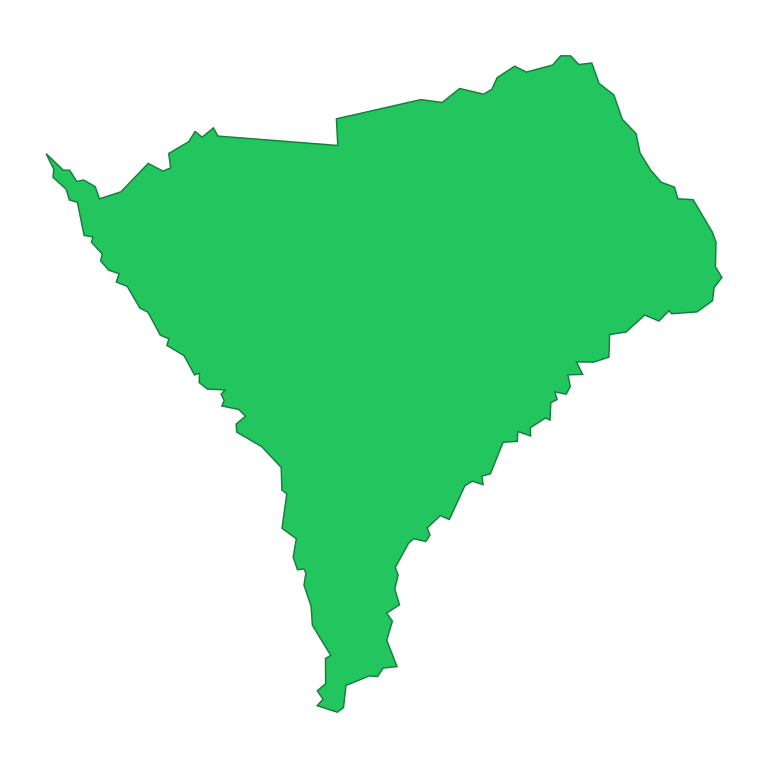 outline of Angonia, Tete, Mozambique
{"feature_id": "85939544B12573256040215", "entity_name": "Angonia", "entity_type": "district", "adm_level": 2, "iso_a3": "MOZ", "parent_name": "Mozambique", "parent_adm1": "Tete", "projection": "mercator", "projection_center": [34.103, -14.769], "detail": "medium", "context": "isolated", "style": "filled", "palette": "green", "viewbox_px": 768, "rotation_deg": 0, "n_neighbors": 0, "source": "geoboundaries", "source_scale": "gbopen_adm2", "svg_char_len": 1903}
<svg xmlns="http://www.w3.org/2000/svg" viewBox="0 0 768 768"><path d="M696.9,311.9L712.5,300.7L714.1,287.6L721.9,277.5L715.4,266.8L716.0,242.3L712.4,232.2L693.1,199.7L677.9,198.8L674.5,187.2L661.1,182.2L650.2,169.5L640.0,152.9L636.1,133.7L622.3,119.3L613.9,95.0L599.1,83.5L591.8,63.1L578.7,64.5L570.7,55.9L560.7,55.8L552.7,65.0L526.2,72.1L514.7,66.2L497.2,77.6L491.8,89.4L483.5,94.2L459.6,88.5L442.3,102.5L421.0,99.6L336.4,118.8L337.8,145.5L218.0,136.1L213.4,127.9L202.1,137.2L195.1,131.5L188.7,141.7L168.7,153.5L170.7,167.8L163.0,171.2L148.2,163.4L121.0,191.8L99.5,198.8L95.1,186.6L83.6,180.0L76.8,181.5L69.6,170.2L63.3,170.2L46.1,153.7L53.8,169.2L53.0,177.3L66.2,189.2L69.4,200.0L77.4,202.3L84.1,235.4L93.0,237.0L91.4,242.1L102.2,254.0L100.6,260.9L108.8,270.2L119.1,273.7L116.3,282.0L127.3,286.4L139.7,307.9L148.0,312.3L160.3,335.2L168.9,338.8L166.9,345.4L184.1,355.7L194.5,374.9L199.5,373.2L199.2,382.6L207.4,389.1L225.1,389.9L221.1,394.2L224.2,400.4L221.9,406.0L238.6,409.4L245.6,416.2L236.2,424.0L236.7,432.1L261.8,446.7L281.2,467.4L281.9,490.0L286.8,493.8L282.0,528.3L296.3,538.7L293.2,557.1L297.5,569.8L303.9,568.9L305.9,573.1L304.0,585.2L311.1,606.1L312.4,625.3L330.7,655.3L325.5,658.6L325.6,683.7L317.3,690.8L323.0,699.2L317.2,705.7L337.3,712.2L343.5,707.6L346.0,685.4L369.3,675.9L377.6,676.5L383.1,668.1L397.0,666.6L386.7,640.1L392.4,621.2L386.6,613.1L399.5,604.8L394.8,589.0L398.1,575.2L395.3,567.4L408.6,543.1L413.7,538.7L425.8,541.5L430.0,535.1L427.2,527.9L440.3,515.6L449.3,519.5L464.9,485.7L472.3,481.2L483.1,484.6L481.9,476.1L490.4,473.8L503.1,442.2L517.3,441.4L517.8,431.5L530.6,435.9L530.2,427.8L545.6,417.9L550.0,420.1L550.8,402.7L557.1,399.5L554.9,391.9L566.1,394.2L570.3,386.6L567.8,374.8L582.6,374.4L576.5,361.9L593.8,362.1L608.9,357.1L609.6,334.5L626.1,332.0L644.6,315.1L658.9,321.0L668.9,310.8L671.7,313.7L696.9,311.9Z" fill="#22c55e" stroke="#15803d" stroke-width="1.5"/></svg>